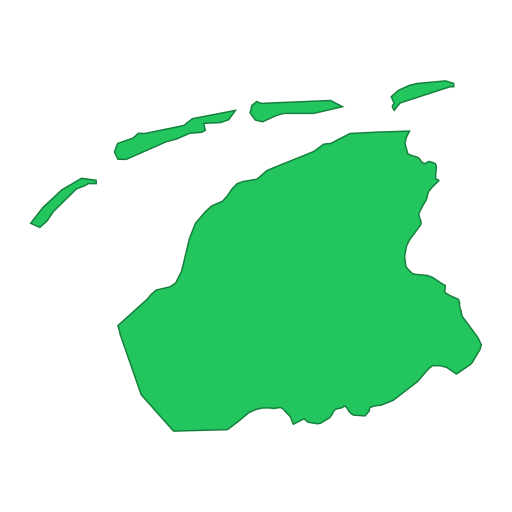 SVG path tracing the border of Friesland
{"feature_id": "NLD-895", "entity_name": "Friesland", "entity_type": "Province", "adm_level": 1, "iso_a3": "NLD", "parent_name": "Netherlands", "parent_adm1": "", "projection": "mercator", "projection_center": [5.86, 53.152], "detail": "fine", "context": "isolated", "style": "filled", "palette": "green", "viewbox_px": 512, "rotation_deg": 0, "n_neighbors": 0, "source": "natural_earth", "source_scale": "10m", "svg_char_len": 2598}
<svg xmlns="http://www.w3.org/2000/svg" viewBox="0 0 512 512"><path d="M117.9,325.6L146.8,299.6L151.1,294.5L156.4,290.0L169.8,286.9L175.7,283.0L181.6,271.1L189.6,238.1L195.5,223.3L205.6,211.4L211.9,205.8L222.6,201.2L227.5,195.6L232.0,189.0L237.2,183.6L243.1,181.5L257.0,179.2L267.1,170.4L313.5,151.6L323.9,144.1L330.6,143.5L350.0,133.5L378.0,132.1L409.5,131.1L406.4,137.3L404.9,143.2L407.8,153.8L411.9,155.6L417.4,157.2L418.4,157.8L419.5,158.8L421.2,161.3L422.4,162.6L423.4,163.2L424.2,163.5L425.1,163.4L426.1,163.0L427.8,161.9L428.6,161.6L429.5,161.5L434.9,163.3L435.9,164.9L436.4,167.6L435.7,173.6L435.6,178.4L436.1,179.0L436.9,179.4L438.8,180.2L438.8,180.7L438.0,181.6L433.1,186.2L429.2,190.7L428.1,192.9L426.6,199.1L422.3,206.6L418.7,213.8L419.3,216.0L419.6,218.1L420.2,219.3L420.7,220.7L421.0,222.1L421.1,223.4L420.3,225.4L409.6,239.8L406.6,245.8L404.6,256.2L405.9,266.5L408.6,270.0L412.4,273.5L415.0,274.3L427.3,275.5L432.3,277.3L442.7,284.1L445.3,285.6L444.7,292.1L445.6,293.0L450.2,295.7L458.3,299.3L459.0,300.7L459.7,303.3L459.4,306.0L461.0,310.8L462.1,316.2L477.8,337.4L481.3,344.7L480.8,346.8L480.0,349.5L472.1,362.7L470.3,364.6L456.4,374.0L446.7,367.4L440.2,365.7L432.5,365.7L429.3,368.2L427.3,370.2L417.7,381.4L393.1,400.4L380.9,405.2L375.3,405.8L370.6,407.2L369.9,407.7L369.6,408.3L369.4,410.4L369.1,411.1L365.0,415.9L353.6,415.1L352.1,414.4L349.5,412.0L346.1,406.9L344.5,406.2L343.8,406.1L343.1,407.0L342.0,407.7L336.1,409.1L334.7,410.0L333.7,411.2L332.9,412.8L331.9,414.6L330.6,416.6L329.2,418.0L320.6,423.2L318.4,423.6L316.8,423.7L308.6,422.3L307.5,421.8L304.1,418.8L293.3,424.2L290.4,416.9L283.2,409.2L280.4,407.4L274.4,408.4L273.7,408.5L269.7,407.9L263.1,407.9L256.1,409.4L249.0,412.5L239.7,420.3L227.5,429.6L173.6,431.1L173.1,430.6L141.2,394.7L120.1,334.1L119.7,332.3L118.6,327.6L118.0,326.1L117.9,325.6ZM188.6,121.7L192.4,118.7L235.4,110.4L228.7,119.7L220.5,122.6L203.6,123.3L204.1,125.0L204.8,128.6L205.4,130.3L201.6,132.3L189.5,133.3L176.6,139.0L166.3,141.7L126.2,159.4L117.9,159.2L114.4,151.9L117.6,143.5L133.2,138.0L138.3,133.3L144.9,133.5L183.8,125.5L188.6,121.7ZM261.1,103.4L330.6,100.5L342.4,106.7L313.7,113.4L283.9,113.4L276.5,115.4L262.6,121.8L255.2,120.0L250.1,112.8L251.8,105.6L256.7,101.5L261.1,103.4ZM416.9,83.5L445.6,80.9L453.7,83.5L453.7,86.8L449.8,86.8L400.0,103.0L394.2,110.4L392.5,107.3L392.4,105.7L394.2,103.4L391.2,96.7L398.5,90.3L409.3,85.4L416.9,83.5ZM30.7,223.3L43.0,207.4L61.9,189.8L81.6,178.3L96.2,180.3L96.2,183.6L88.4,183.6L84.8,185.7L76.4,188.9L53.5,211.4L47.2,220.8L39.8,227.4L30.7,223.3Z" fill="#22c55e" stroke="#15803d" stroke-width="1.5"/></svg>